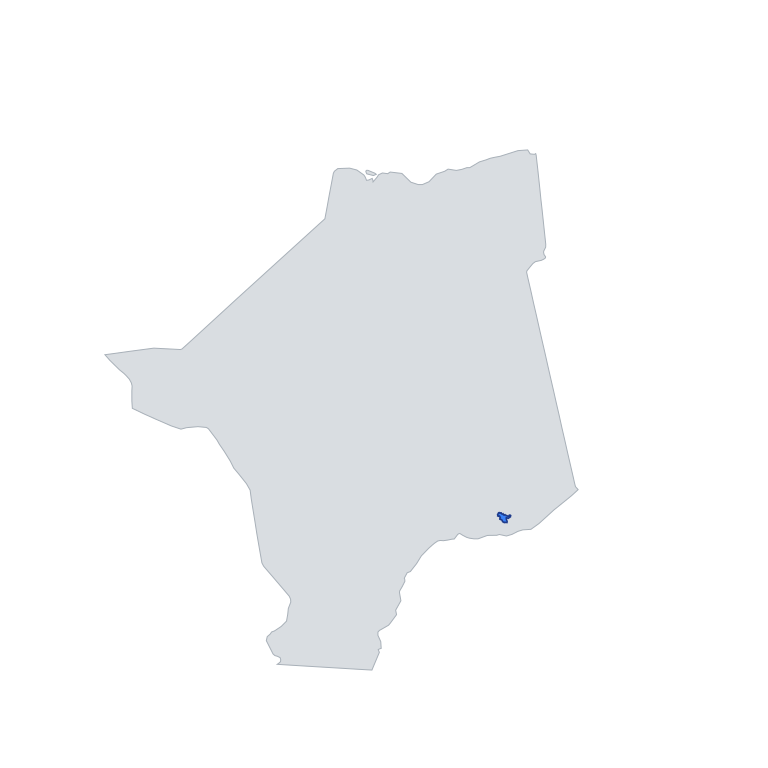 location of Matungu, Western, Kenya, rotated 228°
{"feature_id": "3690345B16104785008484", "entity_name": "Matungu", "entity_type": "district", "adm_level": 2, "iso_a3": "KEN", "parent_name": "Kenya", "parent_adm1": "Western", "projection": "orthographic", "projection_center": [34.459, 0.384], "detail": "fine", "context": "in_parent", "style": "filled", "palette": "blue", "viewbox_px": 768, "rotation_deg": 228, "n_neighbors": 0, "source": "geoboundaries", "source_scale": "gbopen_adm2", "svg_char_len": 5358}
<svg xmlns="http://www.w3.org/2000/svg" viewBox="0 0 768 768"><g transform="rotate(228 384 384)"><path d="M175.6,457.6L175.5,448.7L176.7,425.9L176.6,405.9L177.7,395.9L182.7,389.6L184.9,384.9L186.6,378.5L189.1,373.3L195.0,369.0L196.1,366.6L202.3,359.5L206.0,350.3L208.8,347.2L212.3,344.3L214.8,342.8L218.8,341.3L222.0,340.4L222.6,339.7L222.9,338.2L221.8,332.5L223.2,330.7L225.4,326.9L227.8,323.3L230.1,321.1L231.4,318.8L231.9,314.8L232.0,311.9L232.0,307.3L231.3,296.8L228.7,288.0L227.0,278.1L228.2,274.9L226.1,269.1L225.1,268.8L223.4,267.5L221.3,262.1L219.7,257.1L218.6,255.9L211.6,251.5L208.1,241.3L204.2,239.0L202.1,228.8L201.7,226.0L203.9,215.8L203.7,213.5L201.3,211.3L194.7,209.2L189.4,205.0L190.1,203.5L190.5,202.0L187.7,201.0L179.5,183.6L190.0,173.2L200.7,162.7L214.3,149.3L226.7,137.1L237.5,126.5L247.1,117.1L246.9,118.9L246.9,121.3L248.1,122.7L250.1,123.7L252.8,122.7L255.2,121.2L257.6,120.9L272.0,124.8L274.4,128.2L274.3,131.9L274.9,134.6L273.8,137.3L272.6,145.4L273.0,152.9L277.3,158.4L281.2,162.7L284.3,168.8L286.6,170.6L289.7,171.6L299.7,171.9L314.4,172.3L328.5,172.6L329.8,172.8L332.8,173.6L345.9,181.8L357.8,189.3L367.9,195.9L377.7,202.2L387.3,208.4L394.7,213.5L402.0,215.1L413.8,215.8L422.0,216.1L429.6,218.2L440.8,220.2L449.2,221.3L454.3,222.4L468.3,223.6L470.6,222.9L476.8,217.2L483.7,208.0L486.3,202.9L495.3,197.8L510.9,190.7L522.0,185.8L534.3,180.7L539.9,185.1L547.6,192.0L551.1,195.5L553.9,197.0L558.1,198.0L563.2,198.0L566.0,197.8L571.7,196.9L584.9,196.1L592.5,196.2L586.2,205.4L578.7,216.5L564.7,236.9L554.0,247.6L545.9,255.7L545.2,257.2L545.2,266.2L545.4,288.3L545.8,332.6L546.0,376.8L546.2,421.0L546.3,443.1L546.3,450.6L553.4,459.9L560.4,468.9L569.6,481.0L574.5,487.4L575.3,489.5L575.0,493.8L567.4,502.9L561.2,507.0L552.8,508.9L550.3,508.5L547.0,507.3L545.7,509.4L544.7,512.8L542.9,512.1L541.5,511.1L542.3,517.1L543.1,520.0L541.9,524.0L537.8,527.5L537.4,530.4L528.5,538.2L516.0,539.0L509.4,542.8L506.5,546.0L504.2,552.8L505.0,563.3L501.5,571.4L500.8,575.4L494.3,580.7L491.4,585.5L489.3,590.4L487.4,592.5L485.2,603.5L482.1,610.2L481.3,612.4L480.5,614.3L478.2,618.3L476.6,620.9L475.5,622.7L467.8,639.7L461.8,647.4L457.2,646.6L454.0,649.5L453.7,650.9L452.1,650.1L448.2,647.3L440.2,641.6L432.2,635.8L424.2,630.0L416.3,624.2L408.3,618.5L400.3,612.7L392.3,606.9L384.3,601.1L379.6,597.7L377.5,595.7L375.9,591.7L375.1,590.7L373.0,589.5L370.4,589.2L369.7,588.4L369.8,586.5L370.6,583.7L373.6,578.4L373.9,575.3L373.4,571.7L372.5,566.0L371.7,564.8L366.4,561.8L355.2,555.6L344.1,549.3L332.9,543.1L321.7,536.8L310.6,530.6L299.4,524.4L288.2,518.1L277.1,511.9L265.9,505.7L254.7,499.4L243.5,493.2L232.4,486.9L221.2,480.7L210.0,474.4L198.8,468.2L187.6,462.0L183.4,459.6L179.6,457.6L175.6,457.6ZM546.9,518.2L545.0,518.6L546.0,515.6L551.7,511.8L554.0,512.6L554.5,513.5L554.3,514.3L553.4,515.1L546.9,518.2Z" fill="#d9dde1" stroke="#a8b0b8" stroke-width="1"/><path d="M201.2,380.4L201.2,380.6L201.2,380.8L200.9,380.9L200.7,380.9L200.4,380.8L200.1,381.0L199.9,381.4L199.9,381.5L199.9,381.8L199.7,381.9L199.6,382.0L199.4,382.1L199.0,382.4L198.9,382.5L198.7,382.7L198.8,382.8L199.1,383.1L199.3,383.3L199.4,383.5L199.5,383.5L199.8,383.8L200.0,383.8L200.3,383.8L200.5,383.8L200.8,384.0L201.0,384.2L201.3,384.2L201.4,384.3L201.5,384.3L201.8,384.6L202.1,384.7L202.1,384.8L202.3,385.0L202.5,385.2L202.8,385.4L202.9,385.5L202.7,385.6L201.9,386.0L201.7,386.0L201.3,386.3L201.0,386.4L200.9,386.5L200.9,386.9L200.9,387.0L200.9,387.3L200.9,387.5L200.8,387.9L200.8,388.3L200.7,388.4L200.6,388.6L200.4,388.7L200.3,388.8L200.2,388.8L200.6,389.0L200.8,389.3L201.3,389.7L201.4,389.9L201.4,390.1L201.5,390.2L201.8,390.1L202.0,390.1L202.4,389.9L202.4,389.7L202.5,389.6L202.6,389.3L202.7,389.1L202.5,388.8L202.5,388.7L202.4,388.7L202.2,388.5L202.1,388.4L202.2,388.2L202.4,388.0L202.4,387.9L202.5,387.8L202.6,387.7L202.8,387.5L203.0,387.5L203.3,387.5L203.5,387.4L203.8,387.3L203.8,387.2L204.0,387.1L204.3,387.1L204.6,386.9L205.0,386.7L205.3,386.6L205.5,386.5L205.9,386.5L205.9,386.4L205.9,386.2L205.9,385.9L206.0,385.8L206.0,385.7L206.3,385.5L206.5,385.6L206.7,385.4L206.8,385.3L206.9,385.2L207.0,385.2L207.1,385.3L207.2,385.6L207.3,385.6L207.5,385.5L207.8,385.6L207.8,385.3L207.9,385.2L208.0,385.2L208.2,384.9L208.4,384.7L208.5,384.6L208.8,384.6L208.8,384.8L209.0,384.8L209.4,384.8L209.6,384.8L209.6,384.7L209.8,384.4L210.0,384.3L210.1,384.2L210.3,383.9L210.4,384.0L210.4,384.3L210.5,384.2L210.8,384.0L210.8,383.9L211.0,383.9L211.3,383.7L211.4,383.4L211.5,383.4L211.6,383.2L211.6,382.9L211.6,382.7L211.4,382.5L211.3,382.4L211.2,382.3L211.2,382.2L211.2,381.9L211.2,381.7L211.2,381.4L211.2,381.2L210.9,381.0L210.7,380.9L210.7,381.0L210.6,380.9L210.6,381.0L210.5,380.9L210.3,380.9L209.6,380.3L209.4,380.4L209.2,380.5L208.9,380.7L208.9,380.8L208.9,381.0L208.9,381.3L208.7,381.5L208.4,381.5L208.2,381.5L208.1,381.4L207.8,381.4L207.7,381.3L207.5,381.1L207.4,381.0L207.3,380.9L207.1,381.0L206.9,381.0L206.7,380.9L206.7,380.7L206.6,380.4L206.5,380.2L206.4,380.0L206.3,379.9L206.3,379.7L206.2,379.6L205.9,379.6L205.7,379.7L205.5,379.8L205.4,379.8L205.3,380.0L205.2,380.1L205.0,380.3L204.9,380.4L204.7,380.4L204.4,380.4L204.2,380.4L204.1,380.5L203.9,380.6L203.7,380.7L203.4,380.6L203.2,380.5L203.1,380.4L202.9,380.3L202.9,380.2L202.7,380.1L202.4,380.0L202.2,380.0L201.8,380.2L201.7,380.2L201.6,380.3L201.4,380.4L201.2,380.4Z" fill="#3b82f6" stroke="#1e3a8a" stroke-width="1.5"/></g></svg>